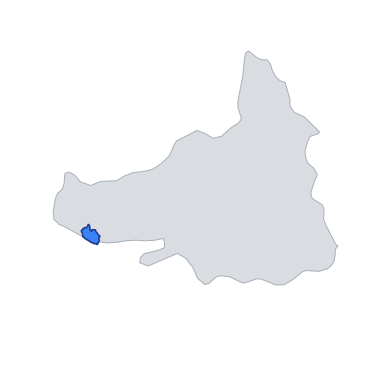 La Laguna de Nisibón, La Altagracia, Dominican Republic (highlighted), rotated 162°
{"feature_id": "3306468B28180088914928", "entity_name": "La Laguna de Nisibón", "entity_type": "district", "adm_level": 2, "iso_a3": "DOM", "parent_name": "Dominican Republic", "parent_adm1": "La Altagracia", "projection": "equal_earth", "projection_center": [-68.715, 18.868], "detail": "fine", "context": "in_parent", "style": "filled", "palette": "blue", "viewbox_px": 384, "rotation_deg": 162, "n_neighbors": 0, "source": "geoboundaries", "source_scale": "gbopen_adm2", "svg_char_len": 4216}
<svg xmlns="http://www.w3.org/2000/svg" viewBox="0 0 384 384"><g transform="rotate(162 192 192)"><path d="M69.6,267.3L70.1,250.3L72.2,243.5L70.3,236.2L61.9,228.6L56.8,218.7L52.3,209.9L53.3,208.6L62.5,208.3L65.8,205.0L72.0,196.1L73.3,188.9L72.8,183.4L68.8,176.9L67.3,170.0L72.3,164.1L78.8,155.3L79.7,152.0L79.6,148.7L72.1,139.5L71.6,135.5L75.2,125.5L74.9,118.9L71.5,98.3L69.9,95.3L73.3,93.5L75.5,87.4L78.5,81.9L82.4,79.0L86.9,77.2L95.7,77.3L107.9,82.1L111.3,82.0L123.0,77.7L132.8,75.3L141.9,78.0L145.6,81.7L153.1,87.6L156.9,89.4L168.8,89.3L172.1,89.8L182.1,99.6L190.5,103.5L195.4,103.6L204.2,99.9L208.5,100.0L213.5,108.4L214.5,120.3L218.6,131.1L225.0,138.1L256.6,135.2L263.6,140.9L261.2,145.6L256.7,148.1L241.7,147.0L235.2,147.6L233.8,152.3L233.8,156.7L242.6,157.7L251.2,159.9L260.0,163.4L268.9,165.8L278.9,167.4L288.8,169.9L305.3,178.5L323.6,198.0L328.5,202.4L331.7,208.5L330.2,216.1L323.7,228.4L320.0,232.4L314.6,234.8L310.9,239.8L307.3,248.5L305.1,249.2L302.6,248.9L298.2,244.0L295.1,236.4L286.2,229.4L275.8,230.3L260.3,226.1L251.0,228.2L241.6,228.6L232.0,226.5L222.4,225.8L212.8,228.4L203.5,232.9L200.1,235.8L194.1,242.8L190.9,245.4L168.2,249.0L161.7,243.8L155.6,236.8L146.9,235.8L134.3,241.3L126.4,243.2L123.1,245.6L122.2,248.2L122.1,258.1L120.3,264.1L107.8,286.7L100.8,302.7L97.9,307.7L94.6,308.7L88.6,299.5L84.7,296.2L79.9,294.5L77.9,289.7L78.0,282.7L76.8,276.0L73.9,270.7L69.6,267.3Z" fill="#d9dde1" stroke="#a8b0b8" stroke-width="1"/><path d="M293.4,179.0L293.9,179.1L294.0,179.1L294.2,179.4L294.2,179.5L294.2,180.2L294.3,180.3L294.6,180.5L294.7,180.8L294.6,181.0L294.5,181.4L294.5,181.6L294.8,182.2L295.0,182.8L295.3,183.4L295.4,184.0L295.7,184.5L295.9,185.0L296.0,185.2L295.9,185.3L295.5,185.8L296.0,186.1L296.3,186.2L296.8,186.3L297.4,186.7L297.7,186.6L297.9,186.6L298.1,186.7L298.4,186.9L298.8,186.9L299.0,186.9L299.2,186.6L299.2,186.1L299.3,185.9L299.6,185.7L299.7,185.8L299.8,185.9L300.4,186.6L300.5,186.9L300.8,187.5L300.7,187.9L300.5,188.3L300.2,188.8L300.2,189.0L300.1,189.4L300.1,190.3L300.1,190.7L300.1,190.9L299.9,191.3L299.9,191.7L299.9,192.2L300.0,192.4L300.2,192.8L300.5,193.1L300.8,193.2L301.1,192.7L301.6,192.3L301.9,191.8L302.1,191.6L302.6,191.4L302.8,191.3L303.2,190.8L303.4,190.7L303.6,190.7L303.9,190.7L304.2,190.9L304.6,191.1L305.0,191.4L305.7,190.9L305.9,190.8L306.0,190.8L306.3,190.9L306.4,191.0L306.7,191.0L306.9,190.9L307.1,190.4L307.2,190.1L307.4,189.7L307.5,189.6L308.2,190.0L308.3,190.0L308.8,189.9L309.3,189.2L309.4,188.6L309.4,188.1L309.4,187.9L309.3,187.7L309.1,187.4L309.0,187.2L309.0,186.8L309.0,186.2L309.0,185.8L309.4,185.2L309.4,184.8L309.4,184.7L309.3,184.4L309.2,184.1L309.5,183.5L309.6,183.3L309.6,183.2L309.4,183.2L309.4,182.9L309.2,182.8L309.2,182.7L309.0,182.4L308.9,182.4L308.9,182.2L308.7,182.0L308.7,181.9L308.6,181.7L308.4,181.5L308.3,181.4L308.2,181.4L308.2,181.2L308.0,180.9L308.0,180.7L307.9,180.7L307.7,180.5L307.7,180.4L307.5,180.2L307.4,180.1L307.3,179.9L307.2,179.8L307.2,179.7L307.0,179.4L306.9,179.3L306.9,179.2L306.7,179.2L306.4,179.0L306.4,178.9L306.2,178.8L306.2,178.7L306.0,178.4L305.9,178.4L305.8,178.2L305.7,178.1L305.6,177.9L305.4,177.8L305.3,177.7L305.2,177.6L305.2,177.4L305.0,177.2L304.9,177.2L304.8,176.9L304.7,176.8L304.6,176.6L304.5,176.4L304.4,176.3L304.4,176.2L304.2,176.0L304.2,175.9L304.0,175.7L303.9,175.7L303.7,175.6L303.4,175.5L303.4,175.4L303.3,175.2L303.2,175.2L303.0,174.9L302.9,174.8L302.8,174.7L302.7,174.7L302.4,174.5L302.3,174.3L302.2,174.3L302.2,174.2L301.9,174.0L301.8,173.9L301.7,173.8L301.7,173.7L301.4,173.5L301.3,173.3L301.1,173.3L301.1,173.2L300.9,173.2L300.7,172.9L300.4,172.8L300.2,172.7L299.9,172.5L299.7,172.6L299.4,172.5L299.4,172.4L299.2,172.3L299.1,172.2L298.9,172.0L298.9,171.9L298.7,171.8L298.7,171.7L298.5,171.4L298.4,171.4L298.3,171.9L298.3,172.0L298.2,172.1L297.8,171.7L297.7,171.7L297.5,171.8L297.4,171.9L297.4,172.1L297.6,172.4L297.6,172.6L297.6,172.8L297.3,173.0L297.2,173.0L297.0,172.9L296.7,172.8L296.3,173.0L296.2,173.4L296.0,173.6L295.8,173.8L295.5,174.0L295.1,174.5L294.9,174.9L295.0,175.1L295.1,175.4L295.1,175.6L295.2,176.2L295.1,176.5L294.7,176.8L294.1,177.4L293.7,177.7L293.5,178.0L293.4,178.2L293.3,178.4L293.3,178.7L293.4,179.0Z" fill="#3b82f6" stroke="#1e3a8a" stroke-width="1.5"/></g></svg>